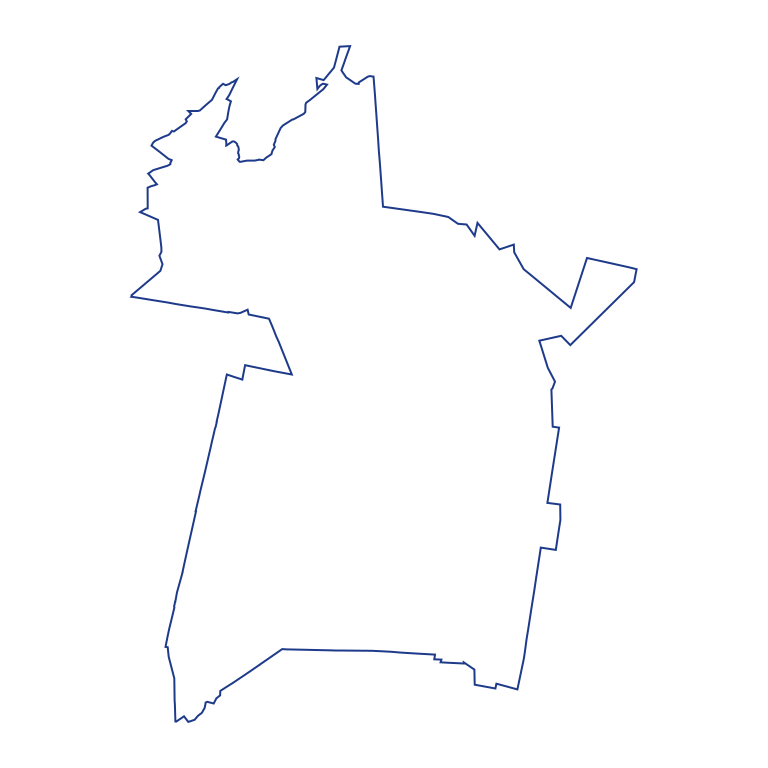 the district of Matamoros, Coahuila, Mexico
{"feature_id": "50627088B53869778509823", "entity_name": "Matamoros", "entity_type": "district", "adm_level": 2, "iso_a3": "MEX", "parent_name": "Mexico", "parent_adm1": "Coahuila", "projection": "mercator", "projection_center": [-103.27, 25.574], "detail": "fine", "context": "isolated", "style": "outline", "palette": "blue", "viewbox_px": 768, "rotation_deg": 0, "n_neighbors": 0, "source": "geoboundaries", "source_scale": "gbopen_adm2", "svg_char_len": 4741}
<svg xmlns="http://www.w3.org/2000/svg" viewBox="0 0 768 768"><path d="M168.7,656.8L174.3,678.4L174.6,700.2L174.9,705.0L175.4,721.5L176.2,721.6L177.4,720.8L182.3,717.5L184.0,716.3L188.3,721.9L194.6,719.8L197.8,716.0L200.1,714.1L201.3,713.4L202.4,712.0L203.3,710.2L204.5,708.4L205.5,703.9L205.6,702.6L207.2,701.8L213.7,703.5L216.4,698.3L220.1,695.4L220.3,690.9L226.4,687.0L233.2,682.7L250.4,671.1L282.2,649.1L287.2,649.4L306.7,649.8L310.5,649.9L333.0,650.4L334.9,650.5L338.1,650.5L372.2,650.8L378.0,651.1L378.7,651.1L391.6,651.8L401.0,652.6L419.0,653.7L435.0,654.6L434.3,659.3L441.4,659.6L440.6,662.3L447.2,662.7L463.7,663.5L463.7,662.3L464.7,663.0L474.4,669.6L474.7,684.7L495.4,688.5L496.4,683.7L517.4,689.4L523.8,658.9L524.7,653.1L526.4,640.5L526.8,637.7L528.0,630.5L529.2,622.8L531.5,607.9L531.7,606.8L531.8,606.0L534.2,591.1L536.1,578.1L538.4,563.3L540.8,547.6L555.8,549.9L556.5,545.3L558.1,534.7L559.3,526.9L560.4,520.0L560.2,504.5L547.4,502.9L552.1,472.3L559.1,427.6L552.7,426.7L551.4,389.5L552.5,388.4L555.0,381.6L547.8,367.8L541.1,346.3L539.3,340.7L561.2,335.8L570.3,345.1L579.9,335.6L634.1,282.1L636.1,271.7L636.6,269.2L629.4,267.4L621.8,265.7L587.0,258.0L570.7,307.9L550.3,291.1L532.0,276.0L523.7,269.2L514.2,252.3L513.8,244.6L499.5,249.4L477.5,222.9L474.6,235.8L466.6,224.5L458.0,223.8L453.1,220.4L448.3,217.0L433.2,213.8L420.2,211.9L383.0,206.7L380.0,164.7L378.8,150.2L378.1,139.2L374.9,94.2L373.8,80.0L373.5,76.6L369.4,76.1L367.6,76.8L358.7,82.5L358.7,83.9L355.4,83.7L352.2,81.5L349.9,79.9L347.6,78.3L346.9,77.9L346.2,77.4L345.9,77.0L345.2,76.0L341.4,70.4L344.0,63.2L345.6,58.5L347.9,52.2L350.1,46.1L346.3,46.3L339.5,46.7L336.1,59.7L334.0,67.6L330.8,71.5L329.1,73.5L325.2,78.3L323.6,80.1L316.4,78.0L317.4,89.0L318.6,87.4L319.9,85.8L321.0,84.9L323.0,83.7L327.0,84.6L326.0,85.9L323.3,89.2L309.3,100.5L306.2,102.7L305.5,104.5L305.3,112.0L303.8,113.8L296.9,117.5L293.4,119.4L292.3,119.5L290.8,120.5L282.9,125.5L280.6,128.1L275.5,139.1L275.5,140.7L273.8,144.8L274.8,146.9L273.9,148.5L272.7,150.1L272.2,151.5L271.8,152.7L271.5,154.1L268.9,155.9L266.4,157.5L263.4,160.2L258.9,159.6L258.8,159.8L254.6,160.6L247.1,160.6L240.0,161.9L239.3,161.5L239.2,161.3L238.4,160.5L237.7,159.4L238.8,158.5L238.9,158.4L239.0,158.2L239.1,157.9L239.1,157.7L239.2,156.5L238.8,155.5L238.8,154.4L238.1,153.3L238.3,151.4L238.5,151.0L238.7,150.3L238.7,150.2L238.7,149.9L238.7,149.7L238.8,149.6L238.8,149.4L238.7,149.2L238.7,148.9L238.4,147.0L238.1,146.4L237.9,146.3L237.2,145.1L237.1,144.0L236.8,143.7L236.4,143.2L236.0,142.8L235.6,142.5L234.8,141.9L233.7,141.4L232.3,141.5L226.5,145.5L226.2,145.6L226.4,144.1L226.0,139.6L221.5,138.3L215.9,136.6L220.3,129.6L224.3,123.0L227.1,119.4L227.9,114.5L228.1,113.1L229.2,107.4L229.5,106.1L230.9,101.3L227.1,99.2L226.6,99.0L229.3,95.0L231.7,90.0L233.3,86.8L237.1,79.2L232.8,82.0L231.6,82.3L229.5,83.9L225.7,85.2L223.0,83.8L219.2,87.2L219.1,87.9L218.0,88.4L215.5,92.9L212.3,99.2L211.9,99.9L207.9,103.3L204.9,105.9L199.8,110.5L197.9,111.0L192.4,111.0L188.3,111.0L191.2,113.9L185.7,119.3L186.8,121.4L185.6,123.2L180.6,126.7L174.0,131.4L172.4,131.2L171.9,130.9L171.8,131.0L170.3,133.2L170.0,133.6L169.4,134.1L169.2,134.4L168.3,135.0L168.0,135.1L163.5,136.8L157.3,139.8L156.3,140.2L155.5,140.7L154.7,141.2L153.6,142.1L153.5,142.3L153.2,142.7L152.8,143.2L152.6,143.6L152.2,144.3L151.5,145.7L151.7,145.8L159.4,151.7L165.0,156.1L166.9,157.6L168.5,158.9L171.7,160.1L171.6,160.6L170.6,162.4L170.3,162.8L170.3,163.6L170.4,164.1L169.0,165.0L167.4,165.8L161.4,167.6L153.1,170.2L152.0,171.0L150.2,172.3L148.2,173.6L148.8,174.2L152.5,178.9L154.9,182.0L156.9,184.3L154.9,185.1L154.5,185.3L154.1,185.4L151.5,186.1L151.2,186.2L150.9,186.3L147.6,187.7L147.7,208.2L147.7,208.4L145.8,208.7L140.1,212.1L158.0,219.9L160.7,241.8L161.4,248.0L161.4,251.9L159.4,255.7L162.5,264.2L160.4,270.8L131.6,295.2L132.0,296.1L131.4,296.8L135.2,297.3L147.6,299.3L153.8,300.3L167.6,302.5L176.3,304.1L191.2,306.5L198.9,307.6L205.5,308.6L213.2,310.0L221.6,311.4L226.2,312.2L228.3,312.5L228.4,311.9L237.6,313.4L240.4,312.9L247.6,309.7L248.7,314.5L269.0,318.7L272.4,326.7L275.3,334.0L276.3,336.6L278.6,341.5L291.8,374.5L273.6,371.1L245.1,365.2L242.3,379.6L238.4,378.3L234.0,376.9L226.9,374.5L226.3,377.0L218.4,414.0L216.6,421.8L216.8,421.9L216.7,422.3L215.6,427.0L215.0,428.4L213.6,434.6L212.2,440.4L210.3,448.9L210.2,449.2L209.5,452.4L209.2,453.4L209.2,453.5L209.0,454.5L207.1,462.7L204.8,472.6L200.5,490.3L199.2,496.1L195.6,511.3L196.0,511.4L190.6,535.4L187.2,550.6L184.4,563.4L182.4,572.6L182.5,572.6L180.2,580.9L177.0,592.3L175.7,599.6L175.2,601.4L175.3,601.6L175.1,601.7L174.8,603.3L174.5,604.9L174.4,605.0L174.1,606.6L174.4,607.4L172.6,614.9L169.1,629.3L167.5,636.9L165.5,646.9L167.7,647.2L168.7,656.8Z" fill="none" stroke="#1e3a8a" stroke-width="2"/></svg>